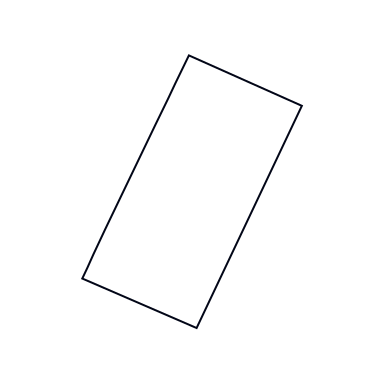 Salliqueló, Buenos Aires, Argentina (orthographic projection), rotated 70°
{"feature_id": "61730980B3490354735950", "entity_name": "Salliqueló", "entity_type": "district", "adm_level": 2, "iso_a3": "ARG", "parent_name": "Argentina", "parent_adm1": "Buenos Aires", "projection": "orthographic", "projection_center": [-63.063, -36.671], "detail": "fine", "context": "isolated", "style": "outline", "palette": "ink", "viewbox_px": 384, "rotation_deg": 70, "n_neighbors": 0, "source": "geoboundaries", "source_scale": "gbopen_adm2", "svg_char_len": 293}
<svg xmlns="http://www.w3.org/2000/svg" viewBox="0 0 384 384"><g transform="rotate(70 192 192)"><path d="M321.4,234.2L148.6,59.3L62.6,148.2L84.0,170.3L96.1,182.5L116.2,203.3L197.5,286.5L216.9,306.0L227.3,316.1L235.8,324.7L321.4,234.2Z" fill="none" stroke="#020617" stroke-width="2"/></g></svg>